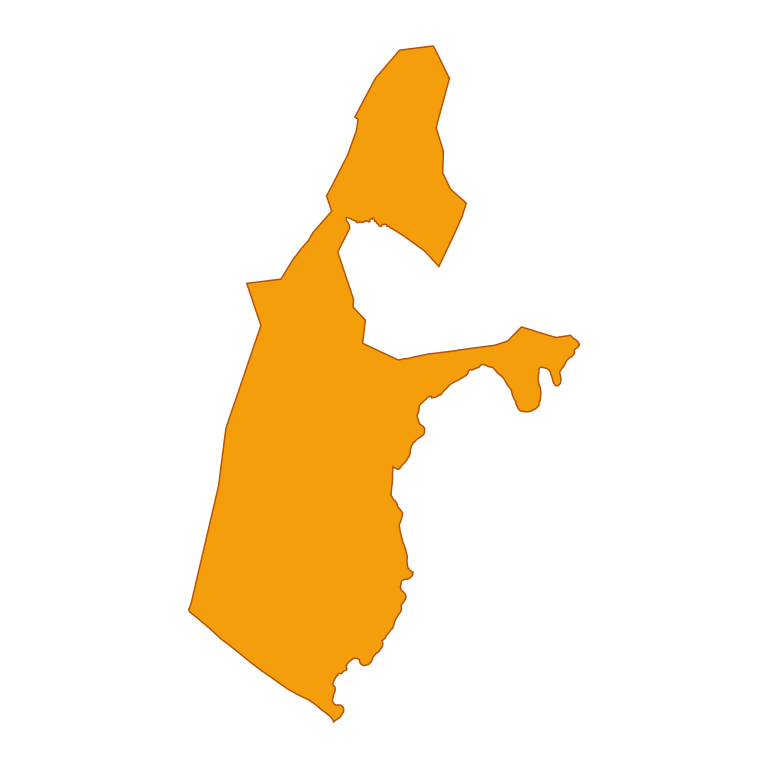 the district of Santiago Jamiltepec, Oaxaca, Mexico
{"feature_id": "50627088B72731607601772", "entity_name": "Santiago Jamiltepec", "entity_type": "district", "adm_level": 2, "iso_a3": "MEX", "parent_name": "Mexico", "parent_adm1": "Oaxaca", "projection": "robinson", "projection_center": [-97.731, 16.225], "detail": "fine", "context": "isolated", "style": "filled", "palette": "amber", "viewbox_px": 768, "rotation_deg": 0, "n_neighbors": 0, "source": "geoboundaries", "source_scale": "gbopen_adm2", "svg_char_len": 6089}
<svg xmlns="http://www.w3.org/2000/svg" viewBox="0 0 768 768"><path d="M246.8,283.4L260.9,325.5L225.9,428.3L218.6,485.7L190.9,604.3L188.7,609.6L189.5,611.6L194.4,615.8L195.5,616.5L197.0,617.7L203.6,623.4L205.8,625.0L208.0,627.1L209.4,628.1L220.7,638.7L228.2,644.3L241.0,654.5L251.6,663.2L262.7,671.5L269.5,676.1L282.7,685.5L288.2,689.3L290.7,690.7L293.3,692.1L295.9,693.7L300.5,696.0L306.1,698.6L309.1,700.1L314.5,703.9L316.8,705.6L321.6,709.9L323.3,711.0L330.0,716.2L331.3,717.5L333.8,721.9L335.4,720.4L338.6,718.4L340.1,717.1L341.1,715.7L343.6,711.9L343.7,708.5L343.0,707.4L342.8,706.8L340.8,705.1L338.8,705.0L337.8,704.8L337.1,705.2L336.6,705.2L334.4,704.2L333.1,702.5L332.7,701.5L332.5,700.4L332.7,698.5L333.3,696.9L333.3,696.0L333.6,695.3L333.9,693.8L334.7,692.2L335.2,690.0L335.2,688.8L334.9,687.1L334.6,686.5L333.3,685.4L332.9,684.0L333.2,682.4L334.4,680.1L335.1,678.4L337.0,675.5L337.3,675.3L337.7,675.4L337.9,675.3L338.0,674.2L339.1,673.5L339.6,673.4L341.4,673.7L341.9,673.3L342.0,673.0L342.9,671.9L343.0,671.9L343.9,671.0L344.3,670.8L345.5,670.4L346.6,669.9L346.8,668.5L346.4,667.9L346.2,666.2L346.8,664.9L346.7,664.5L348.5,662.3L350.6,660.6L351.8,659.9L352.5,659.1L353.5,658.5L355.4,658.0L359.3,659.4L359.7,661.8L360.6,663.7L361.8,664.7L362.8,665.3L363.8,665.6L366.8,664.9L369.0,664.1L370.6,662.3L371.3,661.5L372.4,659.3L373.0,657.2L374.4,655.5L375.5,654.4L375.8,653.7L376.8,652.8L377.3,652.8L378.5,652.0L380.7,649.1L382.4,646.2L382.8,644.4L382.7,642.8L382.1,640.7L385.0,638.3L385.3,637.8L385.9,636.5L386.1,636.4L386.2,635.8L389.6,631.6L390.5,630.1L391.9,629.0L393.0,627.2L393.7,625.6L394.2,623.0L395.2,620.1L397.6,616.0L397.9,615.3L400.0,612.6L401.3,610.5L401.2,610.0L401.4,608.9L401.3,607.4L401.2,606.6L401.2,605.7L401.6,604.7L404.5,600.9L404.7,600.2L406.1,596.9L405.4,594.5L403.6,592.0L401.4,590.3L400.7,588.8L400.4,587.6L400.4,586.8L400.7,585.3L400.8,585.0L401.3,581.6L401.7,580.9L403.7,579.8L405.8,579.1L407.6,579.2L410.1,577.9L412.6,575.2L412.7,574.4L412.9,574.2L412.9,573.7L413.0,572.1L411.9,571.7L410.5,570.8L408.6,568.7L408.1,568.0L407.8,567.0L407.6,566.6L406.9,561.6L407.3,556.4L406.3,552.5L406.1,552.4L405.8,549.7L405.2,548.9L405.3,548.6L404.7,546.9L402.7,541.6L402.0,538.3L401.4,536.7L400.0,530.4L399.2,525.0L401.4,519.3L402.7,513.6L401.6,511.4L397.9,506.8L396.5,502.5L394.9,500.6L393.6,499.7L391.0,495.2L391.8,486.1L392.3,482.6L392.5,478.2L392.5,474.4L392.9,466.9L397.8,469.4L399.7,468.6L401.1,466.4L406.2,460.9L409.6,455.5L409.7,454.3L410.2,452.9L410.2,450.4L411.5,446.0L413.2,443.0L415.4,441.1L416.6,439.6L421.8,436.0L423.0,435.1L423.9,433.9L424.3,433.3L424.5,432.4L424.4,431.6L424.7,429.3L424.6,428.3L423.0,426.3L421.2,425.0L420.6,424.8L419.8,424.2L418.1,419.6L417.3,416.9L417.0,415.5L417.9,412.9L418.2,413.0L418.9,410.9L419.0,407.4L419.4,405.7L421.3,403.3L422.5,402.5L424.2,400.8L426.2,399.1L426.7,398.2L427.8,397.2L429.0,396.7L430.0,396.4L431.4,396.5L431.8,397.9L434.7,397.4L437.7,396.2L438.5,395.6L438.4,395.4L439.0,395.0L440.1,394.9L440.9,394.7L444.2,390.3L445.1,389.8L447.3,387.6L448.1,386.5L448.7,385.8L448.8,385.9L449.9,384.7L453.0,382.6L454.0,382.3L454.8,381.8L458.8,379.8L463.0,377.2L466.1,375.5L466.4,374.9L468.0,373.4L468.1,372.3L468.3,371.3L469.3,370.1L469.9,369.6L470.3,369.5L471.8,370.2L472.6,369.6L477.3,367.8L478.6,367.4L479.0,367.2L479.4,366.7L480.4,365.6L480.6,365.1L480.9,364.9L483.2,364.4L485.7,365.2L489.3,366.9L489.9,366.8L490.7,367.1L492.6,367.5L494.0,368.6L494.7,369.8L496.4,371.4L497.5,372.9L498.9,374.1L502.1,376.6L503.1,377.6L504.8,380.2L508.0,385.9L509.5,387.6L510.7,389.3L511.4,390.6L512.1,393.9L513.0,396.5L513.3,396.9L514.0,398.8L515.5,401.4L515.9,402.6L516.0,403.9L517.0,406.2L517.9,408.0L519.5,410.3L520.7,410.9L522.7,411.5L527.1,411.8L529.2,411.6L529.5,411.4L531.6,410.9L533.5,409.9L535.9,408.5L538.9,405.5L538.9,403.7L540.4,399.7L540.8,393.2L540.7,391.0L540.4,388.4L539.3,385.2L539.0,384.4L538.8,384.5L538.9,383.9L538.0,379.7L538.2,378.2L538.1,377.4L538.8,373.2L538.8,369.3L539.2,368.3L539.9,367.5L541.0,367.3L542.3,367.3L543.3,367.7L544.1,367.7L547.2,368.6L548.5,369.7L549.2,370.1L549.8,371.3L551.0,374.3L552.6,379.3L553.3,382.1L554.3,384.1L555.1,385.3L556.0,385.7L557.6,385.8L559.4,384.7L560.3,383.2L560.7,381.2L561.0,378.6L560.5,376.1L559.7,372.6L559.8,371.8L561.3,369.3L562.9,367.5L565.0,364.0L565.7,362.5L566.7,360.6L567.7,359.3L568.0,359.2L568.9,358.2L570.2,357.3L572.1,356.3L572.7,355.7L573.8,354.2L574.6,352.8L574.6,352.3L574.2,350.9L574.4,349.9L575.7,348.6L577.5,347.6L578.3,346.7L578.5,346.4L578.5,345.4L578.9,345.6L579.1,345.4L579.3,344.4L579.0,343.5L578.4,342.4L577.4,341.1L574.7,339.2L574.3,338.6L573.2,338.3L571.8,336.9L570.6,335.3L556.2,337.5L546.3,334.7L521.5,326.9L507.7,341.0L495.1,345.2L457.5,350.2L457.4,350.5L427.9,354.1L414.8,356.8L408.1,358.5L404.6,358.7L398.2,360.0L362.6,343.3L365.4,320.2L353.1,307.2L353.6,299.5L337.7,252.0L349.8,228.2L349.3,226.9L349.5,225.9L349.1,224.4L347.8,222.3L346.4,220.8L346.1,217.8L346.4,217.5L348.8,218.0L353.6,220.2L354.1,220.6L355.9,220.8L356.1,221.4L356.4,221.3L356.6,222.1L356.9,222.4L357.6,222.6L358.4,222.6L359.4,221.8L359.8,221.8L360.0,222.1L362.0,222.2L363.7,222.1L364.1,221.7L364.9,221.4L365.3,220.7L366.6,221.0L366.8,221.3L367.2,221.0L367.7,221.0L368.3,221.3L368.7,221.8L369.7,221.8L369.8,221.7L370.0,220.9L369.8,219.8L370.2,219.2L371.7,218.6L372.0,218.7L372.4,219.0L372.8,218.1L373.1,218.0L373.4,218.1L374.4,219.6L374.6,221.3L374.8,221.4L375.2,221.2L375.8,221.3L376.0,221.6L376.4,222.6L377.2,223.5L378.0,223.9L378.4,224.4L378.8,224.9L379.0,225.5L379.0,225.9L381.3,226.4L382.0,225.0L382.4,224.5L383.8,224.6L384.9,224.3L386.0,224.5L386.7,225.1L387.0,226.4L388.7,226.2L390.4,227.8L392.2,228.7L402.3,234.9L424.6,251.0L438.9,266.5L454.9,232.8L457.8,226.3L460.4,220.2L462.4,216.0L463.6,211.3L464.3,209.7L466.3,203.1L450.5,189.1L442.7,172.9L443.4,151.3L436.3,128.3L436.7,125.3L449.5,78.1L447.9,75.5L440.1,59.4L433.4,46.1L431.1,46.2L399.6,50.1L375.4,78.3L354.8,117.2L358.1,119.2L356.5,130.2L347.8,154.7L331.6,186.5L326.6,196.0L331.7,211.2L313.1,232.3L308.5,240.4L301.8,248.0L292.8,259.8L281.0,279.1L246.8,283.4Z" fill="#f59e0b" stroke="#b45309" stroke-width="1.5"/></svg>